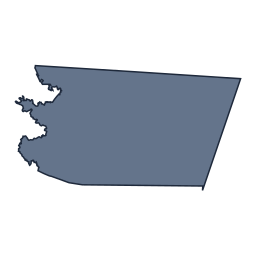 Santa María Chimalapa, Oaxaca, Mexico (Natural Earth projection)
{"feature_id": "50627088B45709374040898", "entity_name": "Santa María Chimalapa", "entity_type": "district", "adm_level": 2, "iso_a3": "MEX", "parent_name": "Mexico", "parent_adm1": "Oaxaca", "projection": "natural_earth1", "projection_center": [-94.773, 16.942], "detail": "fine", "context": "isolated", "style": "filled", "palette": "slate", "viewbox_px": 256, "rotation_deg": 0, "n_neighbors": 0, "source": "geoboundaries", "source_scale": "gbopen_adm2", "svg_char_len": 5316}
<svg xmlns="http://www.w3.org/2000/svg" viewBox="0 0 256 256"><path d="M240.6,78.7L133.5,71.7L35.4,65.6L35.1,67.4L34.9,67.9L35.3,68.6L37.6,73.7L36.6,74.2L37.0,75.1L37.6,74.8L38.1,74.9L38.1,74.7L38.4,75.3L38.1,75.3L38.2,75.9L37.5,76.0L39.4,80.0L40.0,81.5L41.2,82.0L40.4,81.4L40.8,80.6L41.5,79.5L42.6,80.0L42.9,80.6L43.1,80.7L42.6,81.6L41.4,82.4L42.0,83.6L42.5,84.3L50.1,84.3L50.6,85.0L49.7,85.0L49.7,85.5L49.0,85.7L49.1,86.2L49.1,87.1L48.5,88.0L48.4,88.6L48.6,89.3L48.9,89.2L49.1,89.4L49.5,89.4L49.8,89.9L51.0,90.5L51.1,90.1L51.1,89.8L51.3,89.5L51.5,89.9L51.9,90.1L52.6,90.1L52.9,90.3L52.8,89.9L51.7,88.2L51.6,87.4L51.7,87.1L52.1,87.1L52.8,86.8L53.9,86.9L54.3,87.0L54.6,87.0L55.6,86.7L56.4,86.1L56.7,86.2L56.8,87.0L57.4,87.5L57.8,88.5L57.8,88.9L57.5,89.0L58.1,89.7L58.8,89.2L59.7,88.3L60.2,88.2L60.4,88.4L60.6,88.7L60.4,89.1L60.8,89.6L60.8,90.0L60.8,90.4L61.2,90.3L61.5,90.7L60.5,91.1L60.5,91.6L60.8,92.1L60.3,92.4L60.1,92.6L59.9,93.3L59.8,94.4L59.7,94.7L59.1,94.6L58.8,94.2L56.9,96.3L54.5,99.3L52.8,101.9L52.4,102.3L51.9,102.1L51.2,102.2L50.6,102.6L50.3,102.6L50.1,102.4L50.2,101.9L49.8,101.9L49.5,102.1L48.8,102.0L48.4,102.2L48.1,101.9L47.5,101.8L47.5,102.2L47.4,102.3L46.9,102.4L46.7,102.3L46.7,102.0L46.6,101.8L45.4,102.0L45.3,102.5L45.2,103.3L44.7,103.8L44.5,104.9L44.3,105.1L44.1,105.0L44.0,104.7L43.7,104.5L43.0,104.4L42.8,104.1L42.3,103.8L41.7,103.9L41.2,102.4L40.5,102.4L39.7,102.0L39.3,103.0L39.0,103.5L38.9,103.4L38.8,103.1L38.5,102.8L38.0,103.2L37.9,103.3L38.1,104.8L38.0,105.7L37.9,105.8L37.7,106.0L37.2,106.1L36.4,106.1L35.9,106.0L35.1,105.5L34.5,104.8L33.9,104.4L33.2,103.6L32.7,103.5L32.7,103.2L33.0,102.8L33.0,102.5L32.8,102.2L32.8,101.7L32.6,100.3L32.1,99.8L31.6,99.8L31.4,100.3L31.0,100.6L30.6,100.9L30.2,101.0L29.9,100.9L29.7,100.2L29.4,99.9L28.9,99.8L28.4,99.6L28.2,99.6L27.6,99.4L27.0,99.0L26.6,98.9L26.3,99.1L26.3,100.3L26.2,100.5L24.3,100.4L23.9,100.7L23.4,100.5L23.2,100.3L23.4,100.1L23.8,100.4L24.0,100.3L24.1,100.0L24.1,99.5L23.7,98.6L23.9,97.9L23.8,97.5L23.5,96.6L23.0,96.2L22.6,96.1L22.6,96.4L23.1,97.3L23.1,97.7L22.8,98.2L22.5,98.5L22.2,98.6L21.6,98.5L20.4,97.7L19.4,97.9L19.2,98.1L19.1,98.3L19.4,98.9L20.3,99.5L20.6,100.0L21.0,100.2L21.4,100.8L21.4,101.2L20.6,102.0L20.4,102.2L20.1,102.4L19.3,102.4L18.6,102.6L17.8,102.4L16.9,101.6L16.1,101.4L16.0,101.2L15.8,101.3L15.4,101.7L15.4,102.2L15.6,101.8L16.4,103.0L16.7,103.2L17.8,103.6L19.4,104.1L19.7,104.4L21.0,104.7L22.1,105.5L22.5,105.6L22.8,106.1L23.1,107.4L23.4,108.1L23.4,108.4L22.7,109.0L22.5,109.9L22.3,110.0L22.3,110.3L22.6,111.1L22.9,111.4L23.6,111.5L23.8,111.4L24.1,110.9L25.0,110.8L26.4,111.6L26.8,111.6L28.0,111.0L28.7,110.5L29.6,110.4L30.8,109.4L31.0,109.3L31.1,109.1L31.6,109.2L31.9,109.6L32.0,110.0L31.9,110.2L31.7,110.6L31.4,110.8L31.2,111.3L30.7,111.9L30.5,112.5L30.1,112.9L30.0,113.1L30.1,113.6L30.9,115.1L30.9,116.0L31.0,116.5L32.1,117.1L32.9,117.3L33.1,117.4L33.2,117.7L33.1,118.4L33.1,118.7L33.4,118.8L33.9,118.9L34.8,119.4L35.1,119.6L35.8,119.9L36.5,119.4L36.9,119.5L37.2,119.7L37.2,120.1L36.9,120.8L36.3,121.1L35.7,121.9L35.5,122.5L35.7,122.8L36.8,123.1L37.7,123.0L38.1,122.8L38.5,122.9L39.3,123.5L39.6,124.4L39.8,124.8L40.5,125.4L41.3,125.8L41.6,125.8L42.2,125.3L42.9,125.0L44.0,125.6L45.6,126.1L45.8,126.2L45.9,126.6L46.2,127.2L46.4,127.8L46.6,128.0L46.6,128.3L46.3,128.8L45.3,128.8L45.0,128.9L44.5,130.1L44.7,130.5L45.5,130.7L46.7,131.4L46.7,131.7L46.1,133.2L45.8,134.4L45.9,135.4L45.3,135.7L44.4,135.7L44.0,135.9L43.7,135.8L43.1,135.0L42.9,134.9L42.7,135.1L42.5,136.1L41.7,135.9L41.6,136.1L41.8,136.5L42.0,136.8L41.6,137.5L41.3,137.7L40.4,137.5L39.5,136.9L39.1,136.8L38.2,137.2L36.1,138.6L34.9,138.6L34.3,138.3L34.2,138.6L33.9,138.6L33.5,138.9L33.0,139.8L31.9,139.9L30.6,139.7L28.9,140.3L28.3,139.9L28.0,139.2L27.6,138.8L27.4,138.5L27.3,138.0L26.8,137.7L26.4,136.9L26.0,136.5L25.9,136.2L25.6,136.0L25.0,136.0L24.2,136.5L23.9,136.5L23.4,136.2L23.0,136.2L22.9,137.3L22.5,137.9L22.4,138.4L22.3,138.5L22.1,138.4L21.7,138.6L21.4,138.9L21.1,139.1L20.7,139.6L20.8,139.9L21.4,140.6L21.5,141.0L21.0,141.8L20.9,142.5L20.7,142.7L21.3,143.1L21.3,143.6L21.0,143.8L20.4,143.1L19.9,143.2L19.8,143.3L20.1,143.6L20.0,144.0L19.5,144.5L19.2,144.9L18.7,145.4L18.7,145.6L19.0,146.0L19.3,145.9L19.5,146.0L19.9,147.4L19.8,147.8L19.4,148.2L18.8,148.4L18.6,148.8L18.5,149.1L18.7,149.5L18.8,150.1L18.4,151.2L19.3,151.7L19.7,151.7L19.9,151.8L20.0,152.1L19.9,152.5L20.0,152.8L21.9,154.6L21.9,155.5L22.4,156.3L23.2,156.9L23.6,157.2L24.0,158.1L24.8,159.0L25.1,159.9L25.7,159.5L26.0,160.3L26.0,160.5L26.4,160.7L26.9,160.4L27.3,161.3L27.6,161.4L28.1,161.9L28.5,161.8L28.8,161.8L28.8,162.1L28.8,162.5L28.8,162.9L28.7,163.6L29.3,164.1L29.3,164.6L29.5,165.1L29.7,165.3L30.0,164.9L30.4,164.7L30.7,164.2L31.1,163.3L31.1,161.3L31.4,161.4L31.6,160.8L32.7,160.9L33.0,160.2L33.3,160.3L33.2,160.7L33.6,160.7L33.7,160.9L33.9,161.5L33.9,161.9L34.1,162.0L34.3,161.9L34.4,162.1L34.4,162.4L34.8,162.3L34.9,162.1L35.0,162.1L35.1,162.4L35.3,162.5L35.6,162.6L35.6,162.8L35.7,162.6L35.9,162.7L36.2,162.4L36.2,162.8L36.5,162.7L36.6,162.8L36.6,163.3L36.6,163.9L36.6,164.1L36.7,164.3L36.9,164.3L36.8,165.0L37.0,165.6L37.6,165.5L37.8,166.2L38.2,166.7L38.5,166.8L38.5,167.0L38.7,167.6L38.8,167.6L38.5,168.4L38.0,170.7L44.0,173.6L49.4,175.9L51.4,176.3L69.0,182.7L82.4,184.8L202.8,186.0L202.5,190.4L240.6,78.7Z" fill="#64748b" stroke="#1e293b" stroke-width="1.5"/></svg>